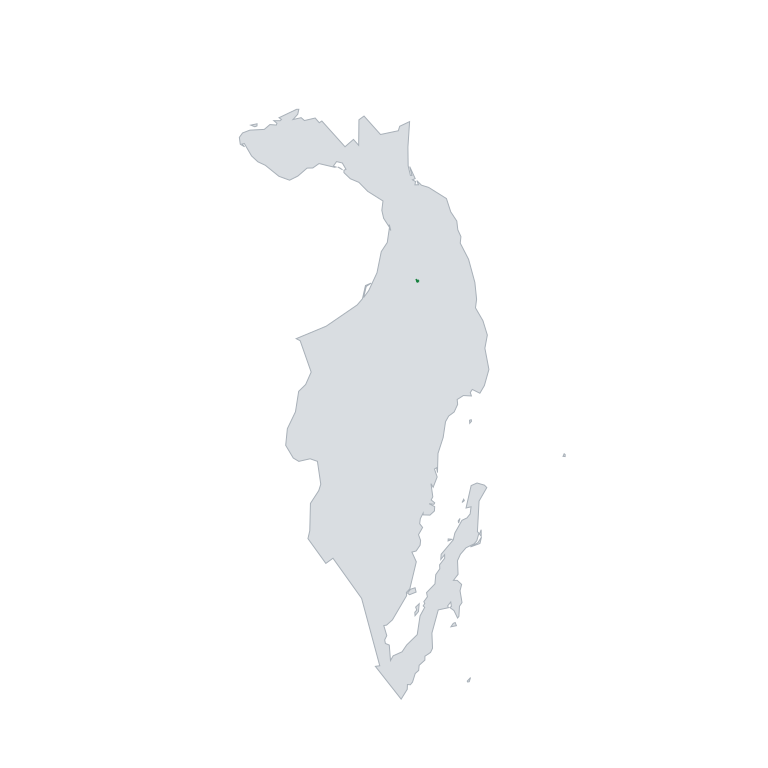 Chicoloapan, México, Mexico shown in context, rotated 231°
{"feature_id": "50627088B10015093996053", "entity_name": "Chicoloapan", "entity_type": "district", "adm_level": 2, "iso_a3": "MEX", "parent_name": "Mexico", "parent_adm1": "México", "projection": "albers", "projection_center": [-98.886, 19.397], "detail": "fine", "context": "in_parent", "style": "filled", "palette": "green", "viewbox_px": 768, "rotation_deg": 231, "n_neighbors": 0, "source": "geoboundaries", "source_scale": "gbopen_adm2", "svg_char_len": 4384}
<svg xmlns="http://www.w3.org/2000/svg" viewBox="0 0 768 768"><g transform="rotate(231 384 384)"><path d="M128.3,199.0L170.0,199.6L167.7,203.4L231.5,231.7L280.7,234.7L281.2,225.9L311.7,227.6L316.7,234.0L337.5,251.7L342.2,266.2L345.9,271.8L365.8,283.6L372.4,279.5L377.5,269.1L383.6,266.9L398.2,269.0L410.1,280.8L418.1,297.7L432.0,313.1L432.9,322.8L439.1,334.9L470.4,346.1L474.5,344.3L465.3,375.5L462.3,412.9L463.8,420.9L472.2,431.6L470.5,437.5L471.0,431.6L464.0,422.5L466.2,430.9L474.8,448.5L488.6,465.2L491.9,475.6L501.7,486.2L499.0,485.9L504.6,488.4L502.8,486.9L513.0,488.0L520.3,491.6L526.9,498.4L543.9,492.6L556.5,491.4L564.7,487.0L573.5,485.9L575.3,487.4L574.8,489.6L582.0,490.7L586.7,487.1L585.2,481.7L582.9,483.2L583.5,482.0L596.2,472.2L596.7,464.6L600.2,460.1L599.8,448.0L601.8,438.9L611.4,433.1L628.7,429.4L636.1,425.8L644.6,424.6L658.8,426.8L659.8,424.8L656.1,424.9L660.8,423.2L666.7,426.8L668.1,432.1L665.7,439.5L657.2,451.2L657.4,458.6L653.0,463.3L654.0,464.9L658.0,464.1L654.0,468.9L654.1,470.8L657.0,470.0L652.5,488.9L651.1,490.7L647.9,486.7L646.8,479.7L643.1,487.2L638.8,488.0L634.0,497.9L627.8,498.1L627.5,501.2L592.9,503.0L593.3,514.2L585.4,514.5L605.1,530.8L604.8,537.1L580.1,538.3L571.8,554.5L574.4,558.4L571.8,569.0L553.1,551.7L538.4,540.1L529.5,535.8L528.5,536.9L536.8,540.8L524.0,537.5L524.8,534.6L521.5,535.9L519.3,533.4L517.1,536.2L521.4,537.5L515.0,538.2L508.7,542.4L488.8,549.2L475.8,544.2L464.8,543.1L457.4,538.4L450.1,536.5L445.5,531.9L427.7,528.2L405.7,518.5L391.6,509.3L385.6,503.0L370.9,500.7L357.0,495.1L348.3,484.9L329.3,474.7L319.6,461.0L316.5,452.7L324.2,449.2L323.1,445.7L319.7,444.4L325.1,438.4L325.9,431.1L321.8,428.4L318.1,420.9L318.4,414.1L316.0,408.1L305.2,396.3L296.1,382.3L281.5,369.8L285.8,372.2L286.2,369.7L278.3,366.8L272.8,357.2L277.0,357.8L265.6,350.9L264.2,347.7L259.7,348.6L259.1,347.1L262.6,343.7L256.8,346.2L253.6,343.3L253.2,337.2L257.6,332.1L259.1,333.2L256.5,327.5L253.0,323.8L248.2,323.7L245.2,316.0L239.4,314.0L236.0,310.6L234.0,303.9L235.8,299.9L225.5,297.2L208.6,275.2L207.9,270.2L205.3,268.4L195.4,242.1L195.0,234.3L196.4,231.8L186.7,227.8L184.7,223.5L181.5,221.8L177.8,223.8L165.0,215.0L167.0,220.1L164.5,229.5L166.9,237.4L168.3,252.1L181.1,266.1L184.8,275.1L186.9,274.8L187.8,277.6L189.8,278.0L191.3,283.8L195.1,285.8L196.6,297.8L203.3,304.3L205.3,311.1L208.5,313.4L210.4,321.5L213.2,323.7L211.9,317.7L215.7,321.3L219.3,339.8L223.6,345.3L229.0,358.8L227.7,364.2L228.8,369.2L233.8,374.4L236.0,369.7L250.2,387.8L248.5,394.0L242.2,398.4L238.8,398.7L233.2,384.2L210.5,363.7L208.3,363.8L203.8,357.5L203.1,353.4L205.1,344.7L203.6,336.2L200.5,330.0L189.5,321.8L187.7,314.4L185.3,317.3L179.4,318.2L175.5,313.0L165.1,307.1L163.8,302.8L156.3,296.0L155.8,293.9L163.9,295.8L168.9,294.5L168.7,296.4L172.6,298.7L171.5,293.8L169.6,293.3L174.3,284.0L160.3,264.5L148.1,255.4L146.1,251.2L146.7,244.5L143.7,242.0L143.3,234.3L139.6,230.7L139.4,226.1L134.4,218.6L133.7,215.2L135.7,213.1L132.1,209.9L128.3,199.0ZM207.8,275.4L206.1,279.9L202.1,278.0L204.2,271.2L206.7,270.7L207.8,275.4ZM191.1,273.1L185.5,267.6L184.4,262.3L187.2,264.3L187.7,267.2L190.7,268.2L191.1,273.1ZM666.1,449.1L664.5,447.7L665.2,445.5L669.0,443.4L666.1,449.1ZM203.7,363.4L199.7,358.2L203.0,348.6L201.6,357.3L203.7,363.4ZM153.8,289.2L150.6,288.2L153.2,283.2L154.4,287.2L153.8,289.2ZM101.4,266.5L99.0,262.9L99.7,261.5L100.7,261.7L101.4,266.5ZM207.3,363.8L209.6,367.8L204.5,363.7L207.3,363.8ZM302.0,427.7L301.4,429.3L300.0,428.6L299.5,425.9L302.0,427.7ZM230.9,355.5L231.7,358.5L229.0,354.5L230.9,355.5ZM221.7,335.0L223.2,336.4L220.6,339.0L221.7,335.0ZM216.4,480.1L215.2,480.4L213.6,479.1L215.1,477.6L216.4,480.1ZM579.5,485.7L576.5,486.6L581.7,484.7L579.5,485.7ZM244.3,373.4L242.8,373.0L242.8,370.1L244.3,373.4Z" fill="#d9dde1" stroke="#a8b0b8" stroke-width="1"/><path d="M444.7,474.8L444.7,474.7L444.4,474.7L444.2,474.6L443.9,474.5L443.7,474.5L443.6,474.4L443.4,474.3L443.3,474.2L443.2,474.2L443.1,474.3L443.0,474.2L442.9,474.3L442.7,474.4L442.4,474.3L442.4,474.5L442.3,474.8L442.3,474.7L442.3,474.8L442.2,474.8L442.1,475.0L442.3,475.0L442.3,474.9L442.5,474.8L442.4,474.8L442.5,474.8L442.5,474.7L442.6,474.8L442.8,474.9L442.9,475.0L442.9,475.3L442.9,475.5L443.0,475.6L443.1,475.4L443.1,475.2L443.1,475.3L443.2,475.2L443.3,475.2L443.5,475.1L443.8,475.0L443.8,474.9L444.0,474.9L444.3,474.8L444.5,474.8L444.7,474.8Z" fill="#22c55e" stroke="#15803d" stroke-width="1.5"/></g></svg>